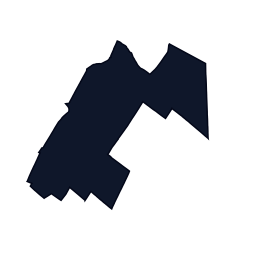 Tultepec, México, Mexico, rotated 18°
{"feature_id": "50627088B32512341732198", "entity_name": "Tultepec", "entity_type": "district", "adm_level": 2, "iso_a3": "MEX", "parent_name": "Mexico", "parent_adm1": "México", "projection": "equal_earth", "projection_center": [-99.118, 19.678], "detail": "fine", "context": "isolated", "style": "filled", "palette": "ink", "viewbox_px": 256, "rotation_deg": 18, "n_neighbors": 0, "source": "geoboundaries", "source_scale": "gbopen_adm2", "svg_char_len": 4753}
<svg xmlns="http://www.w3.org/2000/svg" viewBox="0 0 256 256"><g transform="rotate(18 128 128)"><path d="M142.7,168.6L141.7,168.2L133.8,165.6L133.1,165.3L132.2,165.0L123.0,161.9L122.9,161.9L121.1,161.2L120.9,160.9L120.1,160.6L119.6,160.3L116.9,159.5L117.6,156.8L118.2,154.0L118.8,151.3L120.0,147.9L121.1,144.4L122.1,141.5L121.9,141.3L122.9,138.3L123.9,135.2L124.9,132.1L125.2,131.2L125.5,130.1L125.8,129.2L127.0,125.5L127.1,124.8L128.2,120.6L129.2,116.6L129.3,116.5L130.4,112.5L131.5,108.3L131.6,107.8L132.1,106.1L132.3,105.0L132.6,103.8L133.3,101.1L134.0,98.3L135.0,98.7L137.6,99.6L139.3,100.2L139.6,100.3L140.9,100.7L141.8,101.0L142.2,101.2L142.8,101.4L145.5,102.3L146.3,102.6L146.8,102.7L147.3,102.9L148.9,103.3L149.3,103.4L151.7,104.3L154.6,105.3L155.4,105.6L160.7,107.3L162.3,101.4L163.5,96.9L163.7,95.8L163.8,95.9L170.2,98.1L172.3,98.9L174.3,99.6L174.9,99.8L175.5,99.9L176.0,100.3L176.5,100.4L177.0,100.7L177.6,100.9L178.2,101.1L178.5,101.3L178.9,101.4L179.7,101.7L180.3,102.0L181.0,102.3L181.7,102.5L182.1,102.7L182.7,102.9L183.2,103.0L183.6,103.2L185.8,104.2L191.0,106.3L194.1,107.6L194.7,107.8L195.6,108.2L197.4,108.9L200.0,110.0L201.4,110.6L203.3,111.4L203.7,111.6L206.0,112.5L206.4,112.7L207.0,112.9L207.4,113.1L207.2,112.7L206.7,111.3L206.6,111.1L206.2,109.9L205.4,107.8L205.0,106.5L204.2,104.3L203.5,102.3L203.2,101.6L202.9,100.9L201.7,97.4L200.8,94.9L200.1,93.1L199.9,92.5L199.2,90.8L198.3,88.1L197.7,86.5L196.5,83.2L195.4,80.2L194.7,78.3L193.8,75.9L193.6,75.3L193.1,74.0L192.7,72.8L191.5,69.5L191.1,68.5L189.9,65.1L189.5,64.0L188.8,62.0L187.9,59.6L187.1,57.4L186.8,56.6L186.1,54.8L185.8,54.0L185.2,52.6L185.0,51.9L184.5,50.6L183.6,47.9L181.8,42.7L143.5,35.7L141.4,35.3L141.2,36.2L141.2,36.7L141.7,39.0L142.1,41.1L142.4,43.4L141.6,46.2L140.7,48.9L139.9,51.6L139.1,54.4L138.2,57.1L137.9,58.0L137.6,58.9L137.2,60.0L136.9,61.0L136.5,61.9L136.1,62.9L135.4,64.5L135.1,64.9L134.7,65.7L134.3,66.4L133.3,68.3L132.7,69.4L132.2,70.2L131.5,70.0L130.1,69.5L129.5,69.2L129.0,69.1L128.1,68.8L125.6,68.0L123.2,67.5L122.2,67.4L121.4,67.3L120.4,66.8L119.4,66.2L118.0,65.4L117.0,64.5L115.3,62.9L114.0,61.9L112.8,60.7L112.2,60.1L111.5,59.6L111.0,59.2L110.2,58.2L109.2,56.9L108.4,55.9L108.1,55.6L107.5,55.4L106.6,55.4L106.1,55.2L105.2,54.5L104.3,53.7L103.3,52.9L103.2,52.8L102.0,52.1L101.6,51.8L101.3,51.2L100.2,50.7L99.6,50.5L99.1,50.4L98.6,50.3L96.0,49.8L95.7,49.5L94.9,49.2L94.1,48.9L93.5,48.8L92.8,48.7L92.7,48.7L92.1,48.6L91.9,48.7L90.9,48.6L90.7,51.0L90.6,52.2L90.5,53.3L90.3,54.3L90.0,57.1L90.1,57.8L89.5,63.6L89.4,64.2L89.4,64.5L89.6,65.3L89.9,66.1L89.2,66.2L89.1,66.4L88.9,67.1L88.9,67.9L88.4,69.2L88.3,69.5L87.9,69.9L87.5,70.4L87.0,71.0L86.1,71.8L85.2,72.7L85.1,72.8L84.8,73.1L84.5,73.5L84.2,73.7L83.3,74.6L82.5,75.2L81.9,75.4L81.4,75.5L80.6,75.8L79.6,76.2L78.4,76.7L78.0,76.8L77.8,77.0L76.9,77.7L76.0,78.1L75.4,78.5L74.4,79.6L73.6,80.8L73.2,81.2L72.8,81.8L72.2,82.5L71.4,83.6L70.8,84.4L70.6,84.6L71.0,86.8L70.6,88.4L70.4,89.7L70.0,91.8L69.6,93.7L69.1,96.4L69.1,96.6L68.6,98.9L68.6,99.4L68.4,100.2L68.2,101.3L68.0,102.0L68.0,102.4L67.3,105.9L67.2,106.5L66.9,108.0L66.7,109.1L66.3,111.3L66.3,111.6L65.8,114.1L65.6,115.3L65.6,115.5L64.8,119.8L64.3,122.8L62.4,123.6L61.2,124.2L64.5,126.2L65.1,126.9L65.4,127.2L65.6,127.4L65.9,127.8L66.1,128.4L66.3,128.9L66.4,129.3L66.5,129.7L66.5,129.9L66.6,130.1L66.6,130.6L66.4,131.4L65.2,133.2L63.3,136.4L62.2,138.5L61.8,140.0L61.5,140.8L61.4,141.1L60.1,143.8L59.2,147.5L58.4,150.8L57.8,153.9L57.1,156.7L56.5,159.6L55.9,162.0L55.3,164.5L54.7,167.0L54.5,167.6L53.8,170.9L53.5,172.4L53.4,172.9L53.2,173.1L52.5,173.5L52.1,173.8L52.0,174.3L51.8,175.3L50.7,178.8L52.0,178.9L51.8,181.5L51.5,184.0L51.2,187.2L51.1,187.6L51.0,188.5L50.5,192.9L50.4,193.0L49.7,198.8L49.1,204.2L48.7,209.7L48.6,210.0L53.7,210.4L53.6,210.6L53.1,213.5L58.0,215.8L58.6,216.1L59.5,216.4L64.5,218.6L67.9,219.9L69.7,220.6L69.9,220.7L70.0,220.5L70.4,220.1L71.7,218.6L73.7,216.2L75.4,214.1L78.6,215.1L83.5,216.6L84.1,216.8L86.7,217.5L89.3,210.3L89.4,209.9L90.8,202.4L98.5,205.5L100.5,206.3L104.1,207.8L109.4,210.0L109.5,210.2L110.3,207.4L112.3,199.8L112.4,199.7L112.9,200.0L113.7,200.3L114.6,200.7L114.8,200.8L115.0,200.9L116.1,201.4L118.3,202.2L119.0,202.5L119.3,202.7L122.2,203.9L122.5,204.1L124.3,204.8L124.8,205.0L125.0,205.0L125.7,205.3L125.9,205.4L126.3,205.6L126.8,205.8L128.2,206.4L129.3,206.8L129.7,206.9L131.0,207.5L132.2,207.9L132.6,208.1L132.8,208.2L134.3,208.8L134.6,208.9L134.7,209.0L135.3,209.2L137.5,210.0L137.6,208.0L138.0,205.2L138.2,203.4L138.3,202.2L138.5,201.0L138.7,199.3L139.2,196.1L139.3,195.3L139.6,192.8L139.7,192.4L139.8,191.3L140.3,188.3L140.4,187.6L140.7,185.2L141.1,182.5L141.2,182.0L141.5,179.4L141.9,176.4L142.3,173.4L142.4,172.3L142.6,170.6L142.7,168.6Z" fill="#0f172a" stroke="#020617" stroke-width="1.5"/></g></svg>